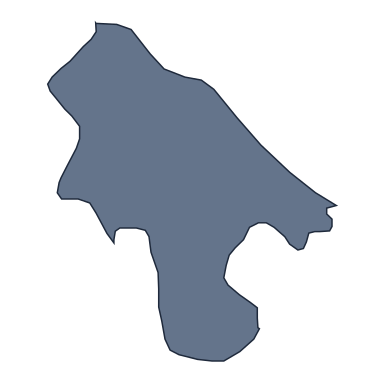 outline of Lozovo
{"feature_id": "MKD-2931", "entity_name": "Lozovo", "entity_type": "Statistical Region", "adm_level": 1, "iso_a3": "MKD", "parent_name": "North Macedonia", "parent_adm1": "", "projection": "robinson", "projection_center": [21.908, 41.74], "detail": "fine", "context": "isolated", "style": "filled", "palette": "slate", "viewbox_px": 384, "rotation_deg": 0, "n_neighbors": 0, "source": "natural_earth", "source_scale": "10m", "svg_char_len": 1167}
<svg xmlns="http://www.w3.org/2000/svg" viewBox="0 0 384 384"><path d="M95.7,23.0L96.0,23.4L116.7,24.4L131.1,29.5L150.1,53.8L164.1,69.0L184.9,77.1L201.3,80.1L213.8,89.3L236.9,117.6L260.8,145.0L289.8,172.4L315.4,192.7L336.3,205.5L332.0,206.7L326.7,208.1L326.7,214.0L332.0,219.1L332.0,226.5L329.6,230.9L319.5,231.6L314.7,231.6L308.8,233.1L306.4,241.9L303.4,248.5L297.9,250.0L289.6,244.1L284.8,236.7L274.1,227.3L266.3,222.8L258.4,222.8L249.5,227.3L243.5,239.7L235.2,247.8L229.2,255.1L226.2,265.3L223.8,277.8L228.0,285.1L239.3,294.7L250.8,302.8L257.3,307.8L257.3,318.1L257.9,327.7L259.4,328.7L253.8,339.1L239.8,351.6L223.8,361.0L212.2,361.0L197.6,359.4L179.0,354.7L170.1,350.1L165.0,339.1L161.8,321.1L158.7,307.0L158.7,289.0L158.1,272.6L151.0,252.2L149.0,236.6L145.3,230.3L136.4,228.0L125.5,228.0L119.8,228.0L115.3,231.2L113.9,239.7L113.9,242.9L107.0,233.5L96.1,213.1L89.8,203.0L78.2,199.0L69.3,199.0L61.6,199.0L57.3,192.8L59.1,182.6L61.0,177.9L67.4,165.4L76.4,148.2L79.6,138.9L79.6,126.3L71.9,116.1L64.8,109.1L55.3,97.3L50.2,91.1L47.7,84.1L52.2,77.0L61.1,68.4L70.0,61.3L83.4,46.5L91.1,39.4L96.2,31.7L95.7,23.0Z" fill="#64748b" stroke="#1e293b" stroke-width="1.5"/></svg>